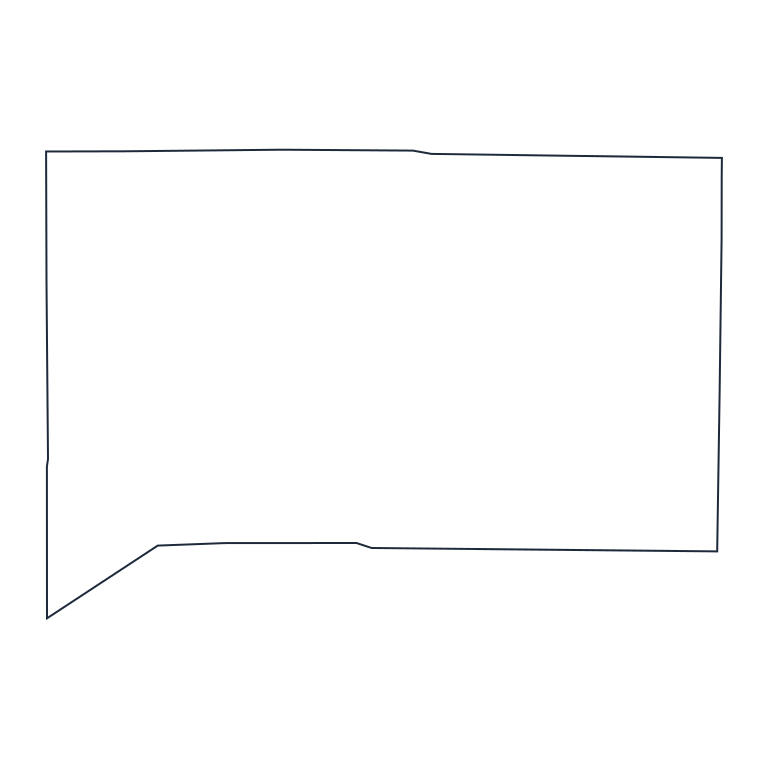 Franklin, Indiana, United States of America
{"feature_id": "52423323B16028894273840", "entity_name": "Franklin", "entity_type": "district", "adm_level": 2, "iso_a3": "USA", "parent_name": "United States of America", "parent_adm1": "Indiana", "projection": "albers", "projection_center": [-85.059, 39.397], "detail": "fine", "context": "isolated", "style": "outline", "palette": "slate", "viewbox_px": 768, "rotation_deg": 0, "n_neighbors": 0, "source": "geoboundaries", "source_scale": "gbopen_adm2", "svg_char_len": 374}
<svg xmlns="http://www.w3.org/2000/svg" viewBox="0 0 768 768"><path d="M371.6,548.0L717.2,551.4L717.3,543.5L719.6,394.2L721.6,238.8L721.7,177.8L721.7,177.6L721.9,157.9L431.5,153.9L412.9,150.6L281.9,149.7L125.0,151.3L46.1,151.5L46.5,282.5L48.0,459.0L46.9,466.6L47.0,618.3L157.7,545.6L224.2,543.1L356.5,543.0L371.6,548.0Z" fill="none" stroke="#1e293b" stroke-width="2"/></svg>